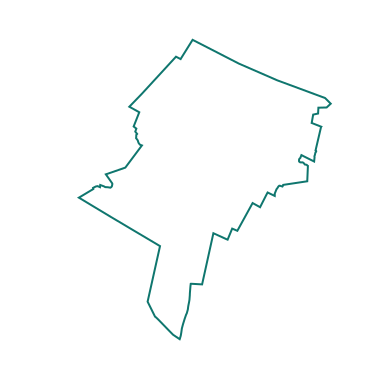 Dochia, Neamt, Romania (orthographic projection), rotated 203°
{"feature_id": "2599482B13040618624692", "entity_name": "Dochia", "entity_type": "district", "adm_level": 2, "iso_a3": "ROU", "parent_name": "Romania", "parent_adm1": "Neamt", "projection": "orthographic", "projection_center": [26.567, 46.923], "detail": "fine", "context": "isolated", "style": "outline", "palette": "teal", "viewbox_px": 384, "rotation_deg": 203, "n_neighbors": 0, "source": "geoboundaries", "source_scale": "gbopen_adm2", "svg_char_len": 1694}
<svg xmlns="http://www.w3.org/2000/svg" viewBox="0 0 384 384"><g transform="rotate(203 192 192)"><path d="M98.5,302.6L108.8,302.3L110.7,310.6L110.4,310.8L106.6,313.5L108.6,319.0L101.1,322.4L98.8,327.5L106.2,330.5L157.3,328.1L198.9,328.5L250.9,332.3L254.3,310.8L254.4,309.9L259.6,310.3L276.5,262.9L283.0,246.0L271.7,244.8L271.3,229.5L268.0,228.6L267.8,225.4L265.2,224.0L265.6,222.8L264.9,221.0L264.5,219.7L262.7,218.7L262.0,218.2L261.1,217.1L260.1,216.1L258.3,215.2L256.3,215.3L262.9,188.4L278.2,174.6L269.0,168.9L268.5,168.4L268.3,167.7L268.0,166.1L268.2,165.0L268.8,164.1L271.3,163.5L273.8,162.6L275.2,162.8L279.2,162.6L278.6,160.5L281.2,160.5L282.7,159.5L284.7,157.1L284.0,156.2L293.9,142.6L256.6,137.3L200.3,129.7L190.0,73.7L177.3,62.8L176.3,62.6L173.4,61.5L159.2,55.5L153.6,53.2L145.8,51.7L145.8,51.8L145.8,52.0L146.0,53.5L146.2,55.3L146.9,58.3L148.0,62.4L148.6,66.6L149.2,72.4L149.5,76.8L149.4,78.2L149.9,82.1L150.8,85.3L151.7,89.6L152.2,91.7L153.6,95.9L154.4,98.0L155.7,101.9L156.6,104.6L157.3,107.0L157.2,107.1L146.6,110.9L156.2,162.4L140.6,162.0L140.7,174.0L135.1,174.0L131.9,205.5L125.1,204.8L123.4,204.6L122.4,219.0L122.2,221.1L116.2,220.8L114.3,220.7L114.5,221.3L115.2,222.7L115.3,227.6L115.0,228.5L114.6,230.9L114.1,231.9L113.0,232.2L111.7,232.3L110.9,232.4L110.7,233.9L110.8,234.2L90.1,246.9L95.5,261.3L96.1,261.4L97.0,261.8L97.9,261.7L98.4,261.5L98.9,261.4L99.4,261.7L100.3,262.2L101.5,262.5L102.1,262.4L103.2,261.8L104.1,261.6L105.3,261.9L105.7,262.6L106.1,263.7L106.1,264.6L105.6,265.7L105.7,268.7L91.5,267.8L92.7,271.7L93.3,272.8L93.3,273.7L93.8,276.5L93.5,277.6L93.6,278.1L94.0,278.5L94.5,278.5L98.6,302.1L98.5,302.6Z" fill="none" stroke="#0f766e" stroke-width="2"/></g></svg>